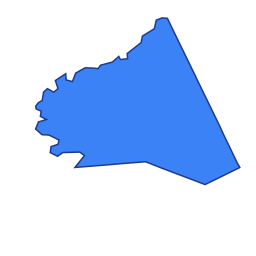 the district of Washington, Pennsylvania, United States of America, rotated 154°
{"feature_id": "52423323B65107112441077", "entity_name": "Washington", "entity_type": "district", "adm_level": 2, "iso_a3": "USA", "parent_name": "United States of America", "parent_adm1": "Pennsylvania", "projection": "equal_earth", "projection_center": [-80.184, 40.215], "detail": "fine", "context": "isolated", "style": "filled", "palette": "blue", "viewbox_px": 256, "rotation_deg": 154, "n_neighbors": 0, "source": "geoboundaries", "source_scale": "gbopen_adm2", "svg_char_len": 959}
<svg xmlns="http://www.w3.org/2000/svg" viewBox="0 0 256 256"><g transform="rotate(154 128 128)"><path d="M203.7,133.5L197.4,134.5L181.9,127.5L179.2,122.3L193.0,115.8L163.7,104.3L153.8,100.5L143.5,96.5L127.3,90.1L126.1,89.0L114.4,76.2L83.5,43.4L83.3,43.4L44.8,43.5L44.8,44.6L45.1,48.2L45.0,68.4L45.0,68.7L45.0,78.6L44.8,86.9L44.7,90.6L44.7,141.4L44.7,141.5L44.6,145.7L44.6,166.2L44.6,172.0L44.6,172.3L44.6,191.8L44.5,209.0L44.5,209.3L49.0,212.0L55.3,212.6L60.8,205.7L74.7,204.3L78.8,199.0L96.1,195.3L98.0,190.5L104.9,192.9L104.9,196.4L113.1,194.1L125.1,196.5L128.8,194.5L133.4,197.3L140.2,200.9L150.9,200.3L157.6,194.1L162.5,198.3L160.2,204.1L172.5,202.5L173.6,194.2L179.0,192.7L183.2,198.7L188.1,197.3L193.0,190.4L197.7,190.0L201.5,188.0L202.2,185.3L198.6,181.2L201.7,176.8L197.4,171.4L205.8,172.7L211.5,167.6L208.2,159.7L202.1,156.3L195.3,147.4L198.1,144.0L205.3,145.0L208.7,140.0L203.7,133.5Z" fill="#3b82f6" stroke="#1e3a8a" stroke-width="1.5"/></g></svg>